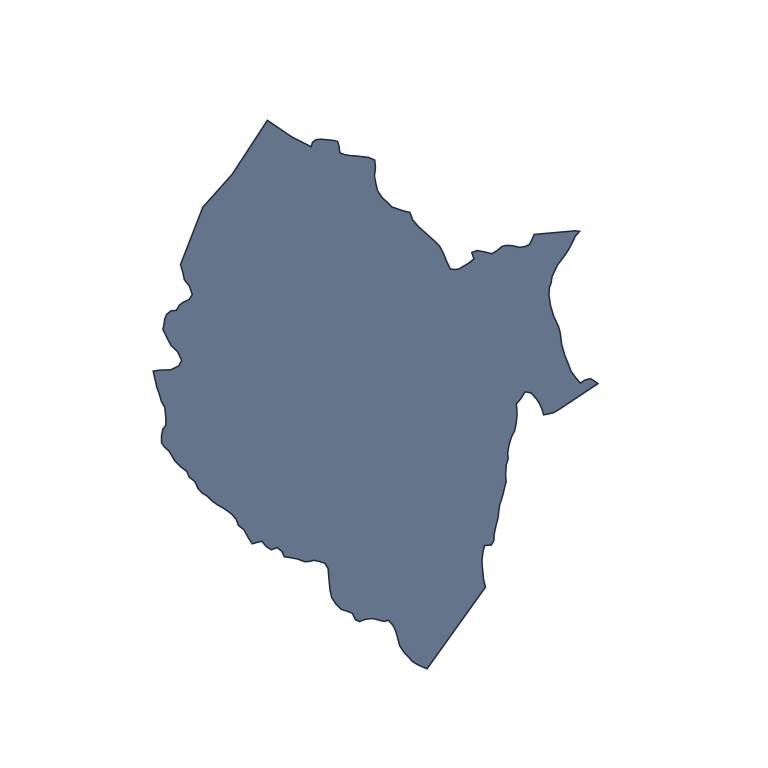 Pintadas, Bahia, Brazil (Equal Earth projection), rotated 344°
{"feature_id": "56859067B59210103184230", "entity_name": "Pintadas", "entity_type": "district", "adm_level": 2, "iso_a3": "BRA", "parent_name": "Brazil", "parent_adm1": "Bahia", "projection": "equal_earth", "projection_center": [-39.885, -11.874], "detail": "fine", "context": "isolated", "style": "filled", "palette": "slate", "viewbox_px": 768, "rotation_deg": 344, "n_neighbors": 0, "source": "geoboundaries", "source_scale": "gbopen_adm2", "svg_char_len": 2822}
<svg xmlns="http://www.w3.org/2000/svg" viewBox="0 0 768 768"><g transform="rotate(344 384 384)"><path d="M274.8,574.9L277.0,582.0L280.7,588.8L285.9,592.2L290.4,595.7L291.5,602.8L295.1,605.7L300.4,605.0L306.6,605.9L310.5,607.4L314.2,609.7L318.7,612.3L323.2,612.4L326.0,618.4L327.1,623.7L327.1,631.7L326.9,640.0L329.5,648.0L332.7,653.9L334.7,658.5L338.5,662.6L342.5,666.2L346.9,669.6L425.6,607.2L425.8,599.6L427.1,592.8L428.2,586.2L429.7,580.1L433.1,572.3L436.1,567.0L442.7,568.4L446.3,565.1L448.6,558.6L453.0,550.4L456.9,543.8L459.5,537.3L462.0,531.9L465.5,526.9L468.8,521.5L471.4,516.7L474.4,511.8L475.9,504.8L479.1,495.8L482.8,490.0L483.9,484.4L486.4,479.0L489.3,474.0L492.3,469.6L496.6,465.1L499.8,459.2L503.3,450.7L504.6,445.5L505.7,439.7L511.8,435.6L517.4,430.4L523.0,433.2L526.4,440.3L528.0,445.3L528.8,450.7L529.0,457.7L538.9,458.4L546.7,456.3L589.8,442.6L586.9,438.9L583.6,435.6L578.0,435.6L573.0,437.3L569.7,429.9L567.3,423.2L566.8,416.7L565.7,406.1L565.7,395.0L566.5,389.8L567.5,383.6L567.6,377.0L565.8,365.1L565.7,354.5L567.1,344.1L569.6,336.9L572.6,332.8L575.2,327.0L580.6,320.9L583.6,317.4L587.3,314.7L593.7,309.8L599.5,304.8L604.4,299.6L608.6,294.7L614.1,291.2L610.0,289.4L569.6,281.6L566.6,285.3L562.3,290.0L557.4,290.7L552.2,290.1L545.9,286.6L540.1,284.5L535.3,284.2L529.9,286.8L523.6,288.5L517.2,284.8L510.4,281.4L504.6,281.8L504.9,288.6L497.5,291.5L492.8,292.7L488.0,294.1L483.9,293.5L479.5,291.8L478.0,283.3L477.2,275.1L475.5,267.0L472.5,261.3L469.6,256.7L466.4,251.6L463.6,247.1L460.6,242.4L456.9,234.5L456.2,226.1L450.2,222.9L445.6,219.6L440.3,215.9L437.1,209.8L434.0,205.2L431.2,197.0L431.4,190.0L432.1,181.6L435.4,173.8L436.8,166.2L431.8,162.1L428.0,160.4L423.8,158.7L419.6,156.9L414.4,155.1L409.4,152.6L405.3,149.6L406.3,143.5L406.3,138.0L401.9,135.6L396.0,133.3L391.0,131.3L386.1,130.4L381.9,131.9L379.4,135.9L363.3,120.9L344.6,98.4L295.7,140.7L258.6,164.1L221.3,213.1L221.4,221.8L220.8,228.7L224.0,236.5L224.3,245.2L219.9,249.1L213.0,250.2L208.9,251.9L204.7,256.0L199.6,254.9L194.3,257.1L191.0,261.2L188.9,266.2L186.5,270.5L187.6,276.7L188.7,282.7L190.0,288.5L194.5,296.1L196.0,305.5L191.7,310.0L182.8,311.6L172.6,308.9L165.7,308.0L165.2,315.7L164.7,324.9L165.2,331.0L165.2,339.5L166.8,346.2L165.6,352.8L164.5,358.3L162.7,363.9L159.1,366.2L155.8,372.5L153.9,379.2L155.7,384.4L158.7,388.9L160.1,393.8L161.6,400.0L165.6,407.4L170.3,413.5L171.1,420.0L175.3,425.5L176.4,433.2L179.1,438.8L182.8,442.6L186.5,449.1L190.6,454.2L195.6,459.4L199.0,463.5L202.0,467.6L204.6,473.4L205.1,479.8L209.2,485.6L211.2,494.6L213.3,501.3L218.3,501.3L223.5,501.6L225.6,507.2L230.1,512.4L236.2,511.8L239.7,516.7L240.5,522.6L245.7,524.9L252.6,528.4L258.8,533.0L263.6,534.1L267.8,534.1L272.5,536.5L277.7,540.0L279.4,546.1L277.7,554.3L275.3,567.0L274.8,574.9Z" fill="#64748b" stroke="#1e293b" stroke-width="1.5"/></g></svg>